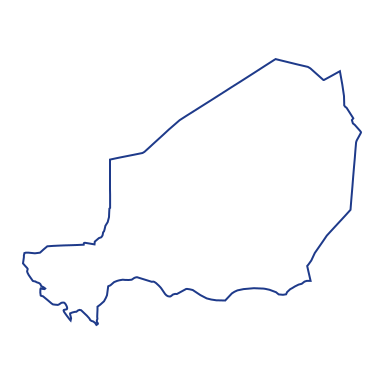 map outline of Niger (Mercator projection)
{"feature_id": "NER", "entity_name": "Niger", "entity_type": "country or territory", "adm_level": 0, "iso_a3": "NER", "parent_name": "Africa", "parent_adm1": "", "projection": "mercator", "projection_center": [6.366, 17.607], "detail": "fine", "context": "isolated", "style": "outline", "palette": "blue", "viewbox_px": 384, "rotation_deg": 0, "n_neighbors": 0, "source": "natural_earth", "source_scale": "50m", "svg_char_len": 3053}
<svg xmlns="http://www.w3.org/2000/svg" viewBox="0 0 384 384"><path d="M310.6,280.9L306.7,280.9L304.5,281.6L301.7,283.8L298.6,284.6L294.8,286.5L292.4,288.0L290.2,289.2L287.1,292.1L286.1,294.3L283.0,294.8L278.7,294.4L276.0,292.2L269.6,289.8L265.5,288.9L263.6,288.6L253.9,288.2L243.6,289.1L238.3,290.2L237.4,290.4L234.4,291.8L231.9,293.4L225.2,300.5L216.3,300.3L211.1,299.5L206.7,298.4L200.4,295.1L192.7,290.0L189.7,289.3L187.0,288.9L186.1,289.0L176.9,294.0L175.1,293.9L173.0,294.5L171.5,295.7L170.5,296.4L169.4,296.5L167.9,296.2L166.5,295.4L165.1,294.0L161.3,288.4L160.5,287.4L158.9,285.7L156.1,283.1L154.3,281.9L153.2,281.6L151.8,281.8L144.4,279.5L137.0,277.2L135.4,277.5L134.2,278.0L131.7,279.7L128.6,280.0L124.8,279.9L122.7,279.7L119.3,280.3L117.1,280.9L114.1,282.1L110.3,285.4L109.2,285.8L108.2,286.3L107.0,295.2L105.9,297.8L104.0,301.3L100.2,304.7L97.5,306.7L97.5,309.4L97.3,313.9L97.2,316.9L97.4,318.9L97.0,319.9L96.8,320.7L96.9,322.0L97.5,322.7L97.9,323.5L97.7,324.1L96.4,324.9L95.1,322.9L93.3,321.5L91.4,320.9L90.1,319.9L89.4,318.5L86.9,315.7L81.1,310.2L80.5,310.1L79.5,309.9L77.9,310.5L76.9,311.4L76.2,311.8L75.1,311.8L72.3,312.5L70.1,313.4L70.1,314.2L71.1,318.3L70.6,320.5L69.7,319.5L66.5,315.3L64.3,312.2L63.9,311.5L63.6,310.4L63.8,310.0L64.7,309.7L66.7,309.3L67.0,308.9L67.2,308.1L66.8,306.5L65.7,304.3L64.5,302.9L63.9,302.6L62.7,302.6L61.4,302.8L58.9,304.5L57.8,304.9L55.3,304.7L53.0,304.4L51.6,303.5L47.5,300.0L43.0,296.3L41.1,295.8L40.7,295.5L40.3,292.6L40.4,289.2L40.7,288.4L42.6,288.9L44.6,289.1L45.2,288.5L43.6,287.3L41.3,286.1L40.4,284.2L39.8,283.6L38.7,282.9L37.6,282.6L36.3,282.1L35.5,281.5L34.2,281.3L32.8,280.9L30.7,277.9L28.7,275.0L27.5,272.7L27.1,271.3L27.7,269.0L27.1,268.0L24.9,265.6L23.0,263.4L23.5,260.0L23.9,257.1L23.9,255.3L24.2,254.2L24.4,253.1L25.7,252.7L28.8,252.7L34.9,253.3L39.8,252.7L40.1,252.6L43.5,249.5L47.3,246.3L53.1,245.9L59.3,245.6L64.2,245.4L71.3,245.2L77.1,245.0L83.7,244.7L83.9,243.2L84.3,242.9L85.0,242.8L89.9,243.6L94.5,244.4L94.8,241.6L98.9,238.1L101.2,237.3L101.7,236.7L102.5,235.5L102.9,233.7L103.1,232.4L104.0,231.3L104.6,229.3L105.4,225.8L107.7,222.1L109.0,217.1L109.2,212.3L109.4,208.6L110.1,207.9L110.1,201.3L110.1,194.7L110.0,189.2L110.0,182.2L110.0,176.1L110.0,169.5L110.0,163.5L110.0,159.6L114.6,158.6L119.4,157.6L126.5,156.2L134.1,154.7L142.5,153.0L144.4,151.9L150.7,146.2L153.5,143.6L159.1,138.5L163.5,134.5L169.0,129.4L174.9,124.3L179.6,120.2L186.9,115.5L198.0,108.5L209.1,101.5L220.1,94.5L231.2,87.4L242.3,80.4L253.4,73.3L264.4,66.2L275.5,59.1L286.6,61.8L297.2,64.4L307.9,66.9L310.4,68.4L316.0,73.4L323.3,79.9L323.6,80.0L323.9,80.0L330.9,76.2L339.9,71.2L342.3,84.6L344.0,96.1L344.2,103.4L344.2,105.3L345.0,106.6L346.6,107.8L353.3,118.3L351.9,120.1L352.9,123.4L354.7,124.8L360.2,131.0L361.0,132.2L360.7,133.2L356.7,140.5L356.1,142.3L355.3,151.6L354.8,158.1L354.0,167.1L353.1,177.8L352.4,186.8L351.4,198.6L350.5,209.8L344.9,216.0L334.9,226.8L326.8,235.6L322.8,241.5L314.8,253.0L311.3,260.5L308.6,264.3L307.2,266.0L308.4,271.4L310.6,280.9Z" fill="none" stroke="#1e3a8a" stroke-width="2"/></svg>